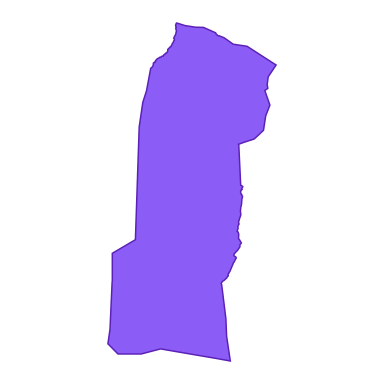 Erdene, Govi-Altay, Mongolia (Natural Earth projection)
{"feature_id": "93677404B39886975300314", "entity_name": "Erdene", "entity_type": "district", "adm_level": 2, "iso_a3": "MNG", "parent_name": "Mongolia", "parent_adm1": "Govi-Altay", "projection": "natural_earth1", "projection_center": [97.682, 44.036], "detail": "fine", "context": "isolated", "style": "filled", "palette": "violet", "viewbox_px": 384, "rotation_deg": 0, "n_neighbors": 0, "source": "geoboundaries", "source_scale": "gbopen_adm2", "svg_char_len": 5425}
<svg xmlns="http://www.w3.org/2000/svg" viewBox="0 0 384 384"><path d="M276.1,65.0L268.0,59.8L247.1,46.3L233.2,44.2L224.0,37.7L219.4,35.9L218.2,35.8L217.9,35.6L217.7,35.4L217.3,35.0L216.9,34.8L216.5,34.3L216.1,34.0L215.9,33.4L215.7,32.9L215.4,32.7L203.5,27.4L195.6,27.2L191.7,26.6L185.1,25.6L176.8,23.0L176.7,23.1L176.4,23.2L176.1,23.6L176.1,24.0L176.0,24.5L175.7,24.8L175.6,25.6L175.8,26.0L175.9,26.7L176.2,27.1L176.2,27.4L176.0,27.7L175.9,27.9L175.8,28.0L175.7,28.2L175.8,28.6L176.0,29.1L176.1,29.5L176.1,29.9L176.4,30.9L176.4,31.2L176.4,31.4L176.2,31.9L176.0,32.2L176.0,32.6L176.0,33.1L176.0,33.3L175.5,34.6L175.2,35.1L175.2,35.5L174.8,36.0L174.6,36.2L174.3,36.6L174.3,36.9L174.3,37.3L174.1,37.6L173.9,37.9L173.7,38.3L173.8,38.5L174.2,38.9L174.3,39.1L174.5,39.8L174.1,40.6L173.8,40.8L173.5,41.3L173.5,42.0L173.2,42.5L172.9,42.8L172.4,43.3L172.2,43.7L172.1,44.2L172.0,44.5L171.9,44.8L171.7,45.0L171.4,45.4L171.4,45.7L171.2,45.9L171.1,46.4L170.8,46.8L170.4,46.9L169.9,47.1L169.6,47.4L169.4,47.7L169.2,48.1L169.0,48.4L168.7,48.5L168.3,48.8L168.1,49.1L167.8,49.5L167.7,49.9L167.7,50.2L167.8,50.6L167.7,50.9L167.7,51.4L167.4,51.8L167.2,52.1L166.8,52.5L166.6,52.9L166.1,53.0L165.7,53.2L165.6,53.4L165.5,53.7L165.4,53.8L165.0,53.9L164.9,54.0L164.7,54.4L164.3,54.6L164.1,54.7L163.8,54.9L163.6,55.2L163.6,55.5L163.5,55.8L163.3,56.0L163.0,56.1L162.8,56.0L162.5,56.0L162.2,56.2L161.8,56.3L161.5,56.5L161.2,57.0L160.9,57.1L160.7,57.2L160.2,57.1L159.8,57.3L159.6,57.5L159.0,57.8L158.6,58.1L158.3,58.2L158.0,58.4L157.8,58.6L157.5,58.6L157.1,58.9L156.9,59.2L156.9,59.4L156.7,59.5L156.4,59.9L156.0,60.1L155.7,60.4L155.6,60.7L155.4,61.1L155.2,61.5L155.3,61.9L155.2,62.2L154.8,62.2L154.5,62.2L154.3,62.5L154.1,62.7L153.8,62.7L153.4,63.1L153.3,63.4L153.4,63.7L153.2,64.8L153.1,65.2L153.1,65.5L152.9,65.8L152.8,66.3L152.5,66.8L151.5,67.6L151.1,68.1L150.7,68.3L146.5,90.8L142.8,102.4L139.2,126.9L135.4,239.7L112.3,253.3L112.3,280.5L112.1,282.6L110.0,329.3L107.9,343.8L118.0,354.0L130.5,354.0L141.1,354.0L160.6,348.9L170.4,350.6L182.6,352.7L196.0,355.0L214.8,358.2L230.3,361.0L226.6,336.1L226.0,321.3L225.9,318.9L221.7,284.8L221.6,284.5L221.4,284.2L221.3,283.9L221.3,283.6L221.2,283.2L221.3,283.1L221.9,282.3L222.1,282.1L222.3,281.6L222.5,281.4L222.9,281.1L223.4,280.8L223.8,280.6L224.0,280.4L224.4,280.1L224.6,279.9L224.9,279.6L225.2,279.3L225.6,279.0L226.2,278.4L226.5,278.2L226.7,277.9L226.9,277.7L227.0,277.3L227.3,276.9L227.5,276.6L228.0,276.2L228.3,275.6L228.3,275.4L228.2,275.0L228.1,274.7L228.1,274.4L228.2,273.9L228.3,273.7L228.6,273.4L228.8,273.3L228.9,273.1L229.0,273.0L229.0,272.9L229.0,272.7L229.0,272.4L229.4,272.1L229.8,271.6L230.1,271.0L230.4,270.4L230.6,269.6L231.0,268.7L231.2,268.4L231.8,266.9L231.9,266.6L232.2,265.9L232.6,265.0L232.8,264.6L232.9,264.4L232.9,264.2L233.3,263.3L233.4,262.9L233.6,262.6L233.8,262.4L234.0,262.2L234.2,261.9L234.4,261.6L234.6,261.0L234.9,260.3L235.2,259.9L235.3,259.5L235.4,259.2L235.5,259.1L235.7,258.8L236.0,258.6L236.1,258.4L236.2,258.2L236.2,257.8L236.2,257.7L235.9,257.1L235.7,256.9L235.4,256.7L234.6,256.2L234.4,256.1L234.1,255.8L233.9,255.6L233.8,255.4L233.8,255.1L233.8,254.8L233.8,254.7L234.1,254.2L234.3,253.9L235.1,252.9L235.8,252.1L236.7,251.2L237.1,250.8L237.5,250.4L237.8,250.0L238.3,249.3L238.6,248.7L238.9,248.4L239.2,248.0L239.6,247.5L239.7,247.1L239.9,246.4L240.0,246.1L239.9,245.6L239.9,245.3L239.9,245.1L240.0,244.7L240.2,244.4L240.5,244.0L240.8,243.8L241.1,243.4L241.3,243.1L241.3,242.9L241.1,242.4L240.8,242.0L240.5,241.5L240.2,241.0L240.1,240.8L240.0,240.6L239.8,240.2L239.7,240.0L239.6,239.9L239.4,239.7L239.1,239.4L238.9,239.2L238.7,238.7L238.6,238.4L238.6,237.9L238.6,237.5L238.6,237.0L238.6,236.6L238.6,236.1L238.7,235.5L238.7,235.3L238.7,235.0L238.7,234.8L238.7,234.6L238.8,234.3L238.8,234.2L238.7,234.0L238.4,233.5L238.3,233.3L238.3,233.0L238.2,232.4L238.0,232.0L237.8,231.8L237.5,231.7L237.3,231.6L237.1,231.4L237.2,231.0L237.5,230.0L238.1,228.3L238.1,228.1L237.9,227.1L237.8,226.8L237.8,226.6L238.2,225.9L238.4,225.3L238.6,224.7L238.9,224.4L239.0,223.9L239.0,223.7L238.7,223.2L238.7,222.2L238.7,221.9L238.6,221.7L238.7,221.3L238.8,220.9L239.0,220.5L239.2,220.1L239.3,219.8L239.3,219.5L239.3,219.2L239.6,218.7L239.6,218.4L239.6,218.2L239.9,217.6L240.2,216.7L240.5,216.0L240.6,215.6L240.7,215.3L240.7,215.1L240.8,214.4L240.8,214.0L240.8,213.6L240.7,213.1L240.5,212.5L240.5,212.2L240.5,211.4L240.5,210.9L240.5,210.4L240.7,208.3L240.7,207.7L240.8,207.2L241.1,206.3L241.3,205.1L241.5,204.2L241.7,202.7L241.7,202.4L241.7,201.4L241.8,200.7L241.8,199.8L241.9,199.2L242.0,198.7L242.2,197.9L242.3,197.5L242.4,197.2L242.5,197.0L242.5,196.7L242.5,196.3L242.3,196.1L242.2,196.1L242.0,195.8L241.9,195.6L241.8,195.3L241.9,195.1L241.9,194.8L241.7,194.6L241.6,194.4L241.4,194.3L241.2,194.1L240.9,193.9L240.9,193.7L241.0,193.4L240.8,193.0L240.7,192.8L240.7,192.5L240.6,192.3L240.6,192.1L240.6,191.9L240.7,191.7L240.7,191.4L240.7,191.2L240.8,191.1L240.8,190.9L241.0,190.8L241.1,190.7L241.1,190.3L241.2,190.1L241.2,189.9L241.4,189.8L241.5,189.7L241.8,189.4L242.0,189.4L241.9,189.1L241.9,188.9L242.0,188.5L242.1,188.3L242.2,187.9L242.2,187.7L242.4,187.5L242.5,187.3L242.7,187.0L242.8,186.8L242.8,186.7L242.7,186.4L242.3,186.1L242.1,186.0L241.8,185.8L241.5,185.6L240.9,185.2L240.7,185.2L238.8,145.2L238.5,144.3L244.6,142.1L254.2,139.0L263.5,130.3L265.7,115.9L269.9,105.1L264.8,90.5L267.8,88.4L267.2,84.5L268.2,76.8L276.1,65.0Z" fill="#8b5cf6" stroke="#5b21b6" stroke-width="1.5"/></svg>